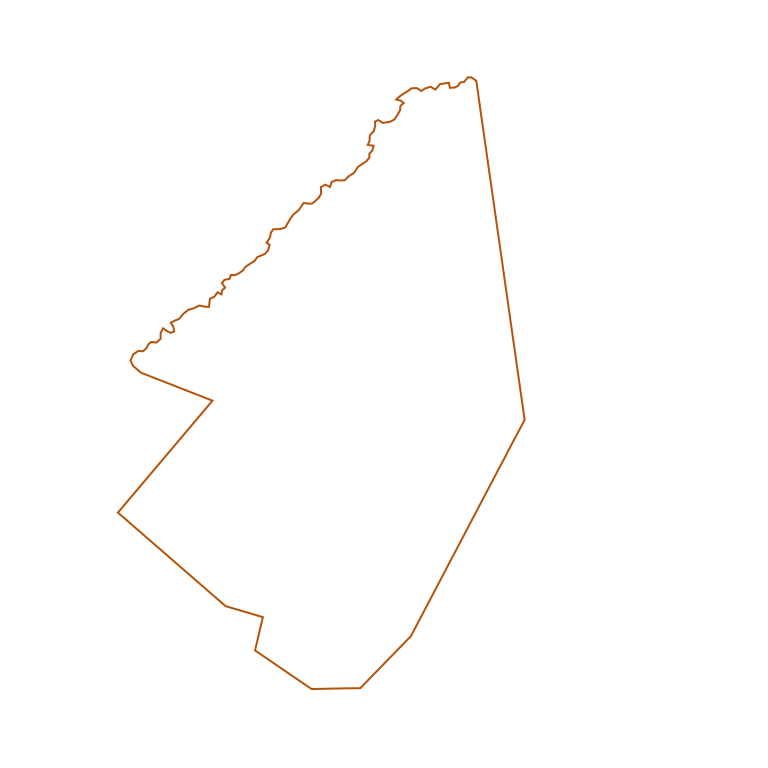 outline of Eliseu Martins, Piauí, Brazil, rotated 45°
{"feature_id": "56859067B35867854530828", "entity_name": "Eliseu Martins", "entity_type": "district", "adm_level": 2, "iso_a3": "BRA", "parent_name": "Brazil", "parent_adm1": "Piauí", "projection": "orthographic", "projection_center": [-43.764, -7.941], "detail": "fine", "context": "isolated", "style": "outline", "palette": "amber", "viewbox_px": 768, "rotation_deg": 45, "n_neighbors": 0, "source": "geoboundaries", "source_scale": "gbopen_adm2", "svg_char_len": 1713}
<svg xmlns="http://www.w3.org/2000/svg" viewBox="0 0 768 768"><g transform="rotate(45 384 384)"><path d="M201.5,436.9L202.3,442.2L200.7,447.0L205.7,453.2L202.3,456.3L197.9,459.1L195.9,465.0L193.1,470.1L192.5,476.4L193.0,483.1L191.3,487.0L189.9,491.4L194.5,492.5L198.5,495.2L196.9,498.8L192.9,500.1L188.4,500.9L190.1,506.0L194.1,510.0L193.7,515.7L189.7,518.8L189.3,522.7L190.7,526.4L190.5,531.2L186.9,534.4L185.7,540.4L188.2,546.7L193.8,548.7L204.3,547.8L274.5,517.1L286.8,663.1L429.1,653.1L463.2,634.5L481.2,663.6L525.3,655.3L534.3,653.6L548.5,650.9L571.7,626.7L582.3,615.9L581.3,543.2L524.6,361.1L521.5,350.6L518.7,342.2L508.8,309.9L234.9,104.4L228.9,105.4L226.4,108.1L227.1,113.6L224.7,117.0L225.5,121.0L224.3,124.4L221.1,128.0L216.9,125.2L213.7,129.4L211.5,132.6L212.1,139.5L206.7,140.9L203.9,146.5L203.2,150.4L197.9,151.6L194.4,155.4L193.6,160.7L192.3,165.9L191.7,169.6L191.5,174.2L195.5,171.8L199.3,171.4L198.9,175.6L201.8,179.1L203.2,183.9L204.3,189.8L202.7,194.6L198.5,200.2L193.3,201.4L192.1,204.9L195.1,207.5L197.9,212.2L198.1,218.1L201.9,222.4L203.5,226.5L208.1,222.9L210.7,227.1L210.7,231.4L213.5,234.1L214.1,239.1L213.1,243.4L212.1,248.9L213.5,256.1L212.1,262.4L212.1,267.8L208.9,271.3L205.9,273.7L204.1,278.4L206.5,282.8L201.5,284.6L200.1,289.4L205.0,293.9L206.1,298.3L206.1,302.1L205.5,307.4L202.5,310.4L199.1,312.8L200.7,320.8L200.1,328.5L201.1,334.3L203.6,343.2L200.8,348.1L196.2,353.0L197.1,357.1L199.7,361.0L201.1,367.1L204.7,366.4L207.5,371.5L207.9,376.2L204.7,383.8L205.5,388.7L204.3,393.3L203.2,399.5L203.9,404.0L203.1,408.3L201.7,412.5L198.7,415.0L200.4,419.0L197.5,423.2L198.1,427.3L203.6,428.2L203.2,432.1L205.7,435.6L201.5,436.9Z" fill="none" stroke="#b45309" stroke-width="2"/></g></svg>